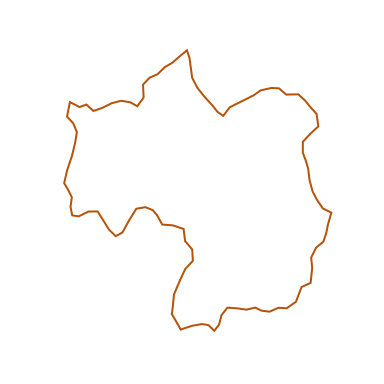 the district of Maripá de Minas, Minas Gerais, Brazil, rotated 14°
{"feature_id": "56859067B21649458076971", "entity_name": "Maripá de Minas", "entity_type": "district", "adm_level": 2, "iso_a3": "BRA", "parent_name": "Brazil", "parent_adm1": "Minas Gerais", "projection": "equal_earth", "projection_center": [-42.96, -21.697], "detail": "fine", "context": "isolated", "style": "outline", "palette": "amber", "viewbox_px": 384, "rotation_deg": 14, "n_neighbors": 0, "source": "geoboundaries", "source_scale": "gbopen_adm2", "svg_char_len": 1417}
<svg xmlns="http://www.w3.org/2000/svg" viewBox="0 0 384 384"><g transform="rotate(14 192 192)"><path d="M298.7,97.8L294.0,86.1L285.7,80.5L279.6,75.9L271.5,71.5L259.8,74.7L251.5,70.4L243.9,71.8L234.0,76.8L228.5,83.2L221.7,89.1L213.9,95.7L208.1,100.7L203.9,110.6L197.2,108.0L190.8,103.0L181.1,96.6L172.0,89.6L164.5,81.1L160.1,70.0L157.0,62.2L152.8,55.8L147.4,63.1L141.7,71.3L135.5,77.3L130.0,86.1L123.2,91.4L118.5,99.6L122.2,112.1L118.2,122.0L110.4,119.9L101.2,120.6L92.7,125.2L84.5,132.2L76.7,137.2L68.4,132.7L62.3,136.8L51.8,134.3L52.5,149.1L60.2,154.1L65.8,161.7L66.7,172.8L66.8,186.0L65.6,201.1L65.8,214.3L71.2,219.8L76.7,226.2L77.7,235.8L81.4,243.6L87.9,243.1L96.3,236.0L105.2,233.7L112.1,240.4L120.6,248.6L128.7,253.3L134.3,248.1L137.9,234.6L142.0,221.7L150.5,218.0L158.3,219.1L163.9,223.2L171.0,230.8L181.5,229.0L192.8,229.9L197.2,241.3L206.1,247.7L209.5,258.6L204.1,268.2L201.6,281.2L199.3,295.8L201.0,307.0L202.0,315.4L207.8,321.3L214.3,328.2L224.4,321.8L233.7,317.7L240.2,317.2L247.2,321.3L250.4,314.0L250.4,304.4L254.4,295.6L264.3,293.9L273.2,293.0L281.3,288.9L288.2,290.3L296.1,289.4L303.9,283.4L312.0,281.9L319.4,273.4L321.3,257.7L329.1,251.5L327.0,236.7L323.5,226.7L325.9,215.9L331.5,208.4L332.2,199.3L331.8,190.6L332.2,178.3L322.9,176.3L315.0,169.2L308.9,162.3L303.2,152.1L299.1,141.3L295.0,134.3L290.0,127.0L287.4,116.5L292.6,107.1L298.7,97.8Z" fill="none" stroke="#b45309" stroke-width="2"/></g></svg>